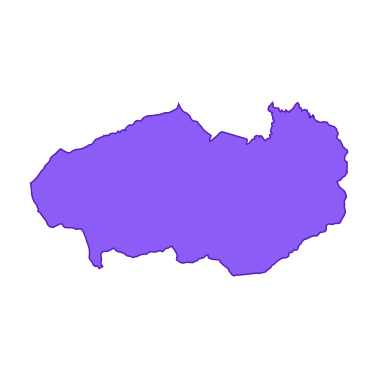 Alexandru Cel Bun, Neamt, Romania, rotated 83°
{"feature_id": "2599482B4388035429906", "entity_name": "Alexandru Cel Bun", "entity_type": "district", "adm_level": 2, "iso_a3": "ROU", "parent_name": "Romania", "parent_adm1": "Neamt", "projection": "natural_earth1", "projection_center": [26.258, 46.915], "detail": "fine", "context": "isolated", "style": "filled", "palette": "violet", "viewbox_px": 384, "rotation_deg": 83, "n_neighbors": 0, "source": "geoboundaries", "source_scale": "gbopen_adm2", "svg_char_len": 6006}
<svg xmlns="http://www.w3.org/2000/svg" viewBox="0 0 384 384"><g transform="rotate(83 192 192)"><path d="M243.5,301.9L245.9,301.9L250.1,299.5L251.6,299.2L252.3,298.8L254.1,297.1L253.9,294.9L256.7,293.3L256.6,292.9L255.7,292.0L255.5,291.5L255.5,290.3L255.2,289.8L254.1,290.0L252.9,290.9L252.2,291.2L246.8,289.9L246.0,290.1L242.2,290.0L240.3,287.6L240.2,286.4L240.6,283.9L240.2,281.6L238.2,276.7L238.2,276.4L241.3,274.2L242.6,271.9L242.7,270.6L243.7,269.0L243.9,268.0L244.4,267.6L245.4,266.1L246.4,265.3L247.5,263.9L248.5,260.7L249.7,258.8L249.2,253.7L248.6,252.8L247.7,248.9L247.8,246.4L248.2,245.8L248.3,245.0L246.9,242.7L246.5,241.7L246.3,239.5L247.1,236.1L247.0,234.9L246.7,233.5L246.2,232.6L246.5,231.8L246.5,230.1L247.5,229.1L247.5,228.6L247.3,227.8L245.3,225.7L244.9,224.6L244.8,222.5L243.9,220.4L243.3,218.4L244.6,218.1L246.2,217.0L249.8,215.3L253.6,214.3L255.2,215.2L257.3,215.6L258.3,214.8L260.6,211.8L261.1,210.9L261.4,209.4L261.1,205.8L262.2,199.7L261.1,197.2L260.8,195.2L259.5,193.8L259.0,192.7L259.1,191.6L258.5,187.9L257.6,187.1L257.1,186.2L256.4,184.0L258.8,183.7L259.5,183.3L260.2,182.3L260.7,181.4L261.7,178.4L262.6,173.6L263.1,173.1L265.0,172.4L268.5,169.8L269.6,168.3L270.9,167.3L272.1,165.6L275.3,164.7L278.0,162.7L278.2,162.9L278.5,162.7L280.1,161.2L280.3,160.7L279.8,158.3L280.2,155.3L280.4,137.7L280.5,136.4L280.8,136.4L281.0,135.1L280.2,128.4L279.2,127.9L278.6,126.1L277.5,124.8L277.0,123.4L274.7,121.6L274.3,121.0L273.8,119.4L271.5,116.6L268.8,111.3L268.6,109.2L268.7,106.5L267.9,104.8L267.3,103.7L265.2,103.6L264.4,103.1L264.1,101.8L263.9,100.0L261.8,97.6L262.4,95.8L262.2,94.8L261.1,93.8L258.6,92.6L257.8,92.0L256.7,90.8L256.4,90.0L255.1,89.2L253.9,88.0L252.7,86.1L252.6,83.9L251.6,82.3L251.7,81.6L250.9,79.4L250.3,76.2L250.5,75.6L250.3,75.3L250.8,74.1L250.7,73.2L250.6,72.8L250.0,72.4L249.6,71.6L248.6,70.8L247.7,69.7L247.8,68.0L247.5,65.1L246.9,64.2L245.8,63.3L242.8,63.1L241.4,62.4L240.3,60.7L241.3,56.5L240.7,53.9L241.0,50.6L240.4,49.3L240.8,49.0L236.1,45.7L234.2,44.1L230.5,42.1L226.0,42.6L225.1,42.6L223.0,42.0L222.2,42.2L219.7,42.0L217.1,40.4L216.8,39.9L215.5,39.4L214.1,39.4L210.8,40.1L209.2,41.0L207.4,42.8L205.7,44.2L205.1,45.3L203.3,45.5L199.8,46.9L199.1,46.5L198.1,42.8L195.8,40.8L194.8,38.3L191.2,35.4L190.4,35.7L183.2,34.7L181.7,34.3L180.4,35.2L180.2,36.0L178.5,36.7L174.9,35.8L172.7,34.0L172.1,33.1L171.4,32.8L169.5,32.7L168.0,34.6L166.7,35.4L165.6,36.7L162.6,37.2L161.7,37.9L159.3,38.4L158.4,39.4L157.8,40.4L156.5,41.4L155.7,41.7L151.6,39.8L149.0,40.9L146.9,41.0L144.6,42.7L142.8,46.5L142.9,47.1L142.3,47.6L141.8,48.4L139.5,49.1L138.7,51.2L138.3,53.1L138.7,53.8L138.6,54.5L138.9,55.0L138.6,55.5L137.9,57.8L136.9,58.6L137.4,59.3L136.7,60.1L136.2,60.2L135.8,60.8L133.9,61.6L132.6,62.1L132.0,61.7L131.5,62.1L130.3,62.5L130.3,62.8L130.6,62.9L131.7,62.5L132.0,62.9L132.0,63.1L131.7,63.2L131.4,64.1L131.8,64.4L131.8,65.7L132.5,66.0L132.5,66.4L131.5,66.6L131.7,65.8L131.4,65.6L131.0,66.2L130.8,66.2L130.9,65.6L130.5,65.5L129.3,66.2L128.4,65.9L128.5,66.5L127.7,67.4L124.9,67.7L124.7,68.0L124.7,69.0L124.1,69.5L123.9,70.0L124.3,71.9L124.9,72.8L124.8,73.0L122.0,73.5L121.8,73.8L121.9,74.6L121.3,75.0L118.4,75.1L116.3,76.1L116.4,76.8L118.0,78.8L119.1,79.5L121.7,82.0L122.7,83.3L123.0,84.5L124.7,86.0L122.0,89.0L122.9,89.4L123.8,90.1L123.1,91.7L121.6,93.1L123.0,94.0L123.3,94.4L121.0,95.8L120.2,95.5L119.1,96.2L119.0,98.2L118.6,98.7L118.6,99.3L117.5,101.2L114.7,100.8L113.0,101.1L114.7,103.1L115.6,103.7L116.3,105.2L119.5,106.4L120.1,106.2L121.2,105.4L121.3,104.9L122.6,103.5L123.0,102.6L123.3,102.6L124.3,103.3L124.7,103.3L127.7,102.7L129.9,102.8L130.5,102.6L130.9,101.9L131.3,101.8L132.6,102.4L133.0,103.9L133.5,104.5L134.8,104.6L136.3,104.3L137.1,104.9L140.8,106.5L141.5,106.6L142.5,106.3L143.6,105.4L143.9,105.4L144.7,108.0L145.5,108.1L147.0,107.5L147.7,108.0L148.3,109.5L148.2,110.6L149.3,112.0L149.9,113.3L148.0,114.5L146.2,115.3L144.6,116.6L144.4,117.5L144.7,117.8L145.6,117.8L145.7,118.2L144.4,119.5L144.0,120.3L143.9,120.8L144.4,122.6L145.0,123.2L146.2,123.5L146.4,123.3L147.1,123.5L147.2,125.4L147.6,126.3L150.6,129.6L151.1,130.5L151.3,131.4L150.9,132.1L147.2,130.8L146.0,131.4L136.0,154.5L136.0,155.9L136.3,156.4L136.9,157.1L137.7,158.7L139.0,159.8L144.0,167.9L142.3,168.1L141.4,167.9L138.5,166.1L131.7,173.0L128.2,174.7L125.5,176.9L122.9,178.2L122.2,179.6L121.7,182.1L120.5,183.3L119.1,184.1L116.5,184.9L115.0,185.9L112.7,188.2L111.4,190.5L109.7,191.8L106.7,193.3L103.0,194.5L106.6,196.3L107.5,197.0L109.9,203.5L110.4,205.0L110.1,209.4L111.0,213.4L111.2,217.4L111.3,224.5L111.0,226.2L111.1,227.3L112.5,231.3L114.3,233.1L115.4,234.6L114.5,237.0L114.5,238.5L115.4,240.2L116.7,241.0L118.5,243.3L118.5,243.9L117.8,245.6L118.1,246.7L120.4,249.7L121.2,250.2L122.5,250.2L122.8,250.5L122.7,251.2L122.1,251.5L121.8,252.3L122.1,253.4L122.8,255.1L124.0,256.0L123.4,257.1L122.6,257.5L122.5,257.8L124.1,259.5L124.7,261.6L124.0,263.0L124.0,264.0L124.2,265.5L124.5,266.5L125.6,267.6L125.4,268.5L125.5,270.1L125.3,271.1L125.6,272.2L125.2,272.7L126.0,273.3L127.0,277.3L127.7,278.9L128.0,281.0L128.2,281.4L131.9,284.8L132.4,285.8L132.7,286.6L132.7,288.3L133.0,289.2L134.1,290.8L134.2,291.9L135.1,293.9L135.8,297.8L135.7,299.7L135.8,302.5L136.8,305.8L137.3,306.8L138.0,307.8L138.3,308.7L137.8,310.6L136.6,312.7L133.5,316.8L133.3,317.7L137.2,322.6L140.0,327.1L141.5,328.5L143.5,329.4L144.9,330.4L146.5,332.8L148.1,334.6L151.7,337.1L152.6,338.7L158.1,343.7L160.4,346.3L162.9,349.9L163.6,351.3L166.2,351.0L173.7,351.3L177.8,351.1L181.7,350.1L183.9,349.0L186.3,347.5L188.7,347.3L190.0,346.5L192.3,347.3L194.5,344.9L196.7,344.1L198.3,342.8L199.4,342.5L202.9,340.3L206.1,339.4L207.8,338.6L208.7,337.7L209.7,336.1L210.2,333.8L209.1,331.5L207.8,327.4L207.6,326.6L207.7,325.6L208.2,324.8L210.5,323.7L211.7,322.5L211.9,321.1L212.3,320.2L212.5,317.6L213.0,315.1L213.7,313.2L214.9,311.8L214.8,309.2L214.9,308.5L215.2,307.5L215.2,306.2L219.0,304.5L223.0,303.5L224.2,302.9L226.5,302.8L234.1,301.1L236.3,300.9L241.1,301.2L243.5,301.9Z" fill="#8b5cf6" stroke="#5b21b6" stroke-width="1.5"/></g></svg>